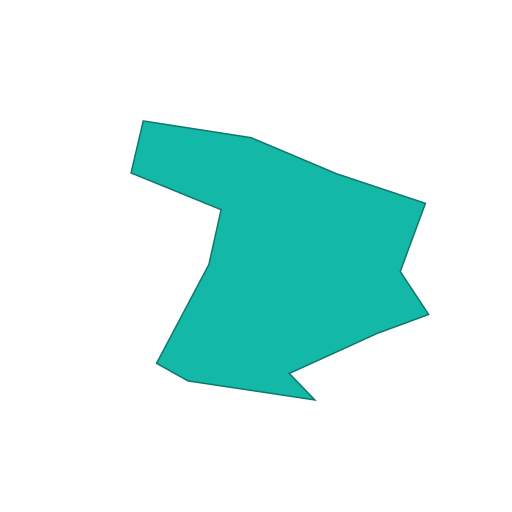 an SVG outline of Kwai Tsing, rotated 308°
{"feature_id": "HKG-5164", "entity_name": "Kwai Tsing", "entity_type": "state/province", "adm_level": 1, "iso_a3": "HKG", "parent_name": "Hong Kong S.A.R.", "parent_adm1": "", "projection": "robinson", "projection_center": [114.137, 22.356], "detail": "fine", "context": "isolated", "style": "filled", "palette": "teal", "viewbox_px": 512, "rotation_deg": 308, "n_neighbors": 0, "source": "natural_earth", "source_scale": "10m", "svg_char_len": 350}
<svg xmlns="http://www.w3.org/2000/svg" viewBox="0 0 512 512"><g transform="rotate(308 256 256)"><path d="M316.2,428.0L269.7,399.2L183.9,354.5L178.8,391.0L115.7,279.4L110.2,243.7L220.3,224.1L271.0,200.0L244.5,106.4L293.0,84.0L346.2,179.3L370.4,268.9L401.8,357.1L332.6,379.2L316.2,428.0Z" fill="#14b8a6" stroke="#0f766e" stroke-width="1.5"/></g></svg>